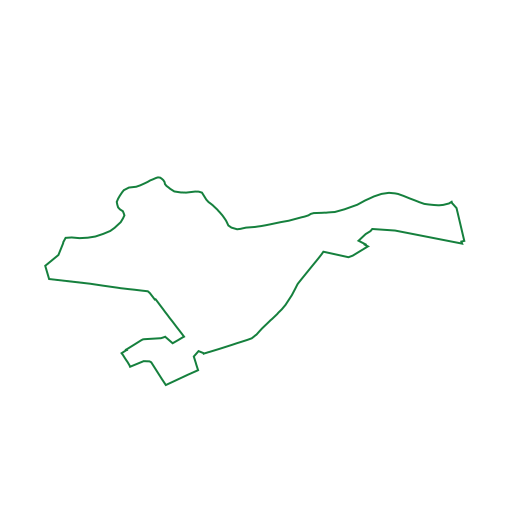 the district of Mazsalaca, Mazsalacas, Latvia, rotated 165°
{"feature_id": "27541924B66896474397363", "entity_name": "Mazsalaca", "entity_type": "district", "adm_level": 2, "iso_a3": "LVA", "parent_name": "Latvia", "parent_adm1": "Mazsalacas", "projection": "natural_earth1", "projection_center": [25.053, 57.863], "detail": "fine", "context": "isolated", "style": "outline", "palette": "green", "viewbox_px": 512, "rotation_deg": 165, "n_neighbors": 0, "source": "geoboundaries", "source_scale": "gbopen_adm2", "svg_char_len": 3668}
<svg xmlns="http://www.w3.org/2000/svg" viewBox="0 0 512 512"><g transform="rotate(165 256 256)"><path d="M435.2,322.8L438.5,319.3L438.9,318.5L439.0,318.2L446.6,308.1L462.1,301.1L462.1,299.7L461.8,287.3L423.0,272.0L421.9,271.5L411.8,267.1L401.7,262.8L399.8,262.0L397.9,261.2L397.5,261.0L397.0,260.8L395.9,260.3L395.5,260.1L390.9,258.3L387.9,257.1L382.4,255.0L381.4,254.6L375.7,252.3L369.6,249.9L369.0,249.0L368.1,247.6L365.0,240.1L364.2,240.2L363.9,239.5L363.6,238.8L362.5,236.1L361.4,233.3L360.5,231.1L359.6,228.9L358.3,225.5L356.9,222.2L355.5,218.6L353.8,214.7L352.0,210.3L351.2,208.3L349.0,203.1L348.9,202.8L348.8,202.6L348.7,202.3L348.6,202.1L347.8,200.2L347.0,198.2L346.7,197.5L346.4,196.7L347.8,196.4L352.7,195.0L359.1,193.3L363.8,200.3L364.1,200.7L364.4,201.1L364.5,201.3L364.6,201.5L366.9,201.3L369.1,201.2L385.7,204.6L386.8,204.7L387.0,204.7L387.4,204.6L388.3,204.4L389.4,204.1L395.9,202.1L404.8,199.4L405.7,199.2L405.4,198.6L405.7,198.6L405.9,198.5L408.5,197.7L411.0,196.9L410.2,195.0L409.3,192.1L409.2,191.7L409.1,191.4L408.6,189.9L408.1,188.4L407.7,187.4L407.4,186.4L406.9,184.6L406.4,182.8L406.4,182.2L406.3,181.6L405.6,181.7L395.6,183.0L393.3,183.3L391.7,183.5L386.2,181.8L385.5,181.2L384.7,180.4L378.8,161.6L376.5,154.7L375.9,154.8L352.8,158.9L341.5,160.7L341.8,166.8L341.8,168.1L342.1,175.0L339.1,177.0L336.1,179.0L334.0,177.4L331.9,175.8L331.8,175.5L331.8,175.2L330.3,175.3L328.9,175.3L327.3,175.4L325.6,175.4L316.8,175.7L314.3,175.8L312.2,175.9L301.9,176.4L297.1,176.7L292.3,176.9L286.1,177.2L281.4,177.6L278.6,178.8L276.7,179.7L276.1,179.8L272.6,182.1L269.0,184.4L259.2,189.8L259.0,190.0L258.7,190.1L257.7,190.6L256.8,191.0L250.4,194.5L249.6,195.1L248.8,195.6L248.3,195.9L247.8,196.2L247.5,196.3L247.2,196.5L244.9,197.8L240.2,201.1L231.5,208.9L226.6,214.2L223.2,218.0L221.7,219.2L216.5,223.0L205.2,231.2L196.7,237.3L192.3,240.6L189.8,242.7L189.6,242.6L167.0,230.9L162.5,231.3L146.2,236.1L145.4,236.3L147.9,238.7L147.3,239.0L153.0,244.2L144.4,248.8L139.0,250.4L136.7,252.0L115.1,244.6L99.3,236.9L54.5,215.0L53.7,214.6L53.9,216.8L50.9,216.7L50.0,246.7L50.0,247.6L49.9,250.4L52.0,254.6L52.9,256.2L53.0,257.7L56.0,256.8L61.9,256.9L66.1,257.6L66.8,257.8L70.6,259.1L72.5,259.8L76.2,261.2L80.0,262.8L84.7,266.0L85.3,266.5L88.0,268.5L90.5,270.3L92.6,271.8L94.7,273.4L98.0,275.9L102.8,279.2L105.5,280.5L106.3,280.8L111.2,282.6L118.7,283.5L126.7,283.0L130.7,282.3L136.2,281.4L144.9,279.3L153.5,278.6L158.4,278.2L168.5,278.1L171.9,278.8L175.1,279.4L177.2,279.7L178.5,280.1L181.4,280.7L188.7,282.4L189.1,282.5L192.1,282.5L194.8,281.7L198.3,281.5L199.7,281.5L201.8,281.6L203.2,281.6L207.0,281.6L207.5,281.6L214.9,281.6L215.3,281.6L223.2,282.3L228.6,282.6L234.2,282.9L238.8,283.2L243.5,283.6L246.5,284.0L249.3,284.3L249.9,284.4L258.3,286.0L262.5,286.2L263.6,286.2L264.4,286.3L267.3,286.7L272.4,289.8L274.5,292.3L274.8,292.6L275.6,297.1L276.0,298.6L276.7,300.6L277.5,302.8L277.7,303.3L278.1,304.3L279.0,306.1L279.7,307.6L280.5,309.0L281.2,310.5L281.4,310.9L282.7,313.0L284.0,315.1L284.3,315.6L284.5,316.0L285.1,316.8L285.6,317.5L286.7,318.9L287.9,320.4L289.4,323.3L291.8,331.2L294.7,333.0L298.1,334.0L307.0,335.3L312.3,336.9L318.2,339.5L321.5,343.1L322.7,344.8L324.3,346.8L325.3,349.0L325.2,351.1L325.9,353.3L327.1,355.1L328.3,356.5L330.3,357.3L331.3,357.3L332.7,357.2L335.9,356.7L338.6,356.4L341.5,355.6L344.7,355.0L349.6,354.2L353.8,353.9L361.0,355.0L366.6,353.8L368.8,352.2L371.9,349.5L374.3,347.1L376.5,344.3L376.7,341.5L376.6,338.6L375.3,336.2L373.0,333.7L372.7,331.3L372.6,329.3L374.7,326.8L377.9,323.7L385.3,319.8L390.3,317.9L397.8,316.9L406.1,316.4L413.7,317.2L421.8,318.9L429.2,321.6L435.2,322.8Z" fill="none" stroke="#15803d" stroke-width="2"/></g></svg>